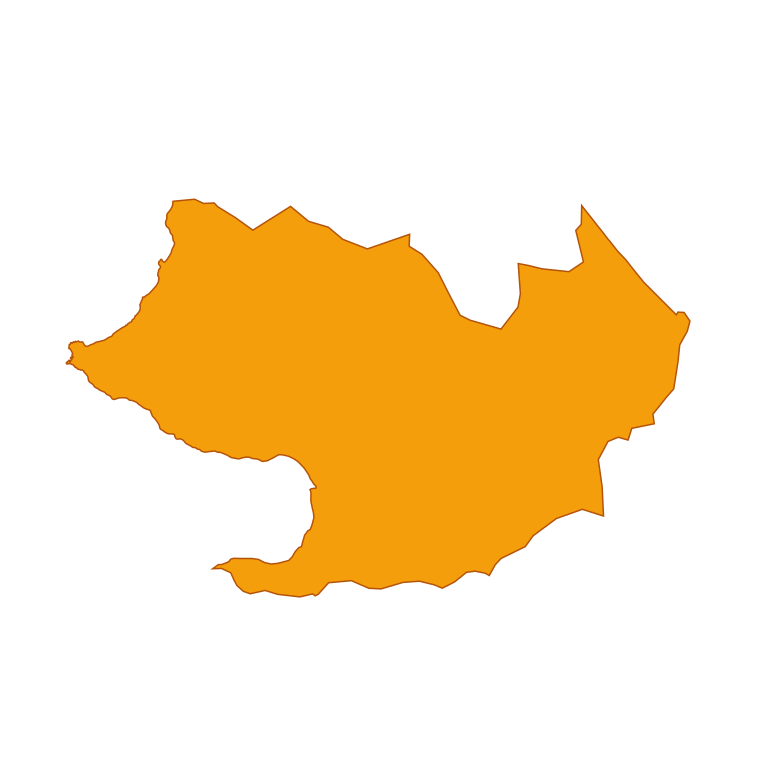 the district of Anse La Verdue, Anse-la-Raye, Saint Lucia, rotated 352°
{"feature_id": "8701671B11621920628841", "entity_name": "Anse La Verdue", "entity_type": "district", "adm_level": 2, "iso_a3": "LCA", "parent_name": "Saint Lucia", "parent_adm1": "Anse-la-Raye", "projection": "orthographic", "projection_center": [-61.06, 13.91], "detail": "fine", "context": "isolated", "style": "filled", "palette": "amber", "viewbox_px": 768, "rotation_deg": 352, "n_neighbors": 0, "source": "geoboundaries", "source_scale": "gbopen_adm2", "svg_char_len": 6003}
<svg xmlns="http://www.w3.org/2000/svg" viewBox="0 0 768 768"><g transform="rotate(352 384 384)"><path d="M604.6,234.8L601.6,253.3L595.3,258.6L598.5,290.9L582.8,298.5L556.7,292.0L543.1,286.6L533.7,283.4L531.6,313.6L527.4,326.5L507.5,345.9L478.3,332.9L468.9,326.5L460.5,302.8L453.2,281.3L439.6,260.8L428.1,251.1L430.2,239.3L386.3,247.9L363.3,235.0L350.7,221.0L331.9,212.4L316.2,195.1L275.5,213.4L259.8,198.4L244.1,185.4L241.0,181.1L230.5,180.1L222.2,174.7L200.5,173.7L200.2,174.7L199.7,177.4L198.6,179.3L197.3,181.1L196.4,182.1L195.1,183.3L194.5,184.0L193.3,184.9L193.0,185.3L192.2,187.4L192.2,188.7L191.8,190.4L190.4,192.8L190.2,193.7L190.1,194.5L190.1,195.6L190.5,197.4L191.2,198.4L192.1,199.3L192.5,199.8L193.3,202.3L193.3,203.5L193.6,204.9L194.6,206.3L195.0,207.2L195.2,207.9L195.2,211.2L195.3,212.6L195.6,213.5L196.0,214.2L196.2,214.8L196.2,215.6L195.1,218.1L193.5,220.2L192.2,222.4L192.0,223.4L191.7,224.2L189.4,227.2L188.7,227.9L187.1,229.9L185.9,231.1L184.0,232.7L183.4,232.8L183.1,232.7L182.2,232.0L181.7,231.3L181.2,229.7L180.8,229.5L180.2,229.7L179.9,230.0L179.6,230.4L179.3,231.0L179.1,231.1L178.2,231.4L178.0,231.7L177.8,232.3L177.6,233.7L177.9,234.8L178.9,235.9L179.0,236.7L178.9,237.0L178.4,238.1L177.2,239.2L176.7,239.7L176.5,240.3L176.5,240.9L175.4,243.1L175.4,244.0L175.1,244.9L175.1,245.3L175.6,246.2L175.7,246.7L175.9,248.2L175.3,249.5L175.0,251.2L174.9,251.4L172.5,254.7L170.9,256.1L167.5,259.0L164.0,261.8L161.0,263.2L159.7,263.9L159.2,264.4L159.0,264.7L158.4,264.6L157.5,264.3L156.9,264.6L156.7,266.0L156.5,266.5L155.4,268.0L153.2,271.8L153.3,272.9L153.4,273.3L153.1,275.2L152.9,276.2L152.7,276.5L151.8,277.9L150.7,279.2L148.1,281.5L147.7,281.7L147.3,281.7L147.1,282.0L146.8,282.4L146.6,283.1L146.3,283.5L145.7,284.3L144.8,284.9L144.4,285.0L143.9,285.3L143.3,285.8L142.7,287.1L142.1,287.3L141.5,287.4L140.3,288.0L139.1,288.5L138.7,288.7L138.0,289.6L137.6,289.9L136.7,289.8L136.4,290.1L136.3,290.5L135.9,290.8L133.3,291.5L127.1,294.4L122.7,296.8L121.8,298.2L120.6,298.9L117.5,299.7L116.6,300.1L115.2,300.9L113.0,301.7L109.8,302.1L107.1,302.4L105.8,302.4L104.2,302.7L103.4,303.0L102.0,303.8L101.0,303.9L99.0,304.3L96.8,305.1L95.4,305.4L94.4,305.3L93.4,304.7L92.7,303.7L91.7,301.1L91.5,300.6L91.0,300.3L90.6,300.2L88.8,300.3L87.2,298.9L85.4,299.4L85.0,299.4L84.8,299.1L84.5,298.9L84.3,298.9L83.9,299.2L83.8,299.6L83.6,299.7L82.7,299.1L82.5,299.4L81.5,299.5L81.2,300.1L80.8,300.0L80.2,299.6L79.6,299.5L79.4,300.1L79.3,300.5L79.1,300.8L78.2,300.9L78.0,301.0L77.8,301.2L77.4,302.9L76.9,304.4L76.9,304.7L76.9,305.0L77.5,305.1L78.0,305.5L78.2,306.0L79.0,307.7L79.8,310.0L79.8,310.8L79.6,311.2L79.3,311.4L79.0,311.8L79.0,312.1L79.4,312.6L79.8,313.5L79.9,314.2L79.7,314.4L79.4,314.6L79.2,314.6L78.7,313.9L78.5,313.7L78.0,313.9L77.5,314.2L77.3,314.5L77.1,315.1L77.3,315.3L77.5,315.5L78.3,315.8L78.4,316.0L78.2,316.4L77.4,316.9L77.1,317.2L76.5,318.2L76.3,318.6L76.0,318.7L75.8,318.5L75.7,317.9L75.6,317.4L75.7,317.0L75.5,316.7L75.2,316.7L74.3,317.5L73.3,318.5L73.1,318.6L72.7,318.5L72.4,318.9L72.3,319.4L72.4,319.7L72.7,320.0L73.2,320.1L74.8,320.0L75.5,320.1L75.9,320.2L77.5,321.0L77.8,321.3L78.9,321.8L79.6,322.8L80.4,324.4L80.9,324.6L81.1,324.5L81.4,324.8L82.2,325.9L82.7,326.5L84.1,327.3L85.0,327.4L85.3,327.6L85.5,327.9L87.2,328.2L88.2,329.0L88.6,330.0L88.8,330.6L89.0,331.0L90.3,332.6L91.3,334.3L91.7,335.2L91.8,335.7L91.8,338.5L92.1,339.9L92.5,340.7L93.0,341.4L93.4,341.8L95.7,343.9L96.9,346.3L97.3,346.9L98.8,348.0L99.7,348.5L100.1,348.9L100.5,349.5L101.1,350.1L103.3,351.5L104.7,352.4L106.1,353.2L106.7,353.7L107.1,354.6L107.7,355.4L108.2,355.9L110.3,357.1L111.0,357.7L111.5,358.3L112.7,360.6L113.4,361.3L114.1,361.7L114.9,361.7L115.9,361.6L117.5,361.3L118.6,361.0L120.4,360.9L124.1,361.4L125.1,361.5L127.1,362.1L127.8,362.5L129.3,364.2L129.8,364.6L131.4,365.0L132.4,365.3L134.5,366.5L136.3,367.7L137.0,368.3L138.4,370.1L140.8,372.3L141.5,372.9L141.9,373.5L143.1,374.5L145.1,375.7L147.2,376.7L147.7,376.8L148.4,377.2L149.2,378.9L149.3,380.0L150.2,383.5L152.6,386.9L155.2,392.1L155.5,393.0L155.7,393.8L155.8,395.5L156.0,396.6L156.1,397.2L156.6,397.8L158.4,399.2L160.0,400.9L161.3,401.8L162.1,402.6L163.8,403.3L164.7,403.5L167.3,404.0L168.1,404.2L168.9,404.5L169.3,404.9L169.5,405.7L169.8,407.6L170.2,408.8L170.5,409.2L171.0,409.6L171.4,409.7L172.1,409.9L174.5,409.9L176.4,411.0L177.5,411.9L179.3,414.9L180.3,415.8L183.6,418.2L184.8,419.2L185.5,420.1L187.0,420.4L188.8,421.1L190.0,422.4L192.4,423.3L193.8,425.1L196.8,426.5L207.0,426.8L209.0,428.0L210.3,428.6L211.8,428.7L214.1,429.8L218.9,432.7L221.2,434.6L222.8,435.7L227.0,437.1L228.9,437.8L230.9,437.9L233.1,437.4L237.2,437.2L238.8,437.4L240.8,437.9L242.8,439.3L248.5,440.8L252.9,443.8L257.8,443.8L264.5,441.5L269.8,439.4L273.3,439.9L279.3,442.2L284.7,445.8L288.4,449.3L293.5,456.6L296.9,463.7L297.8,467.6L299.5,470.8L300.6,473.5L302.4,475.5L302.2,477.6L297.3,477.6L296.0,478.3L296.6,481.0L295.3,489.7L295.8,497.7L296.2,501.1L296.0,506.6L293.1,513.5L290.7,517.8L288.2,518.7L284.4,522.6L280.9,530.4L279.8,533.4L276.7,534.3L272.7,537.7L269.1,542.3L265.1,545.5L254.1,546.8L247.2,546.6L240.7,544.1L235.2,540.2L228.8,538.4L218.8,537.0L210.8,535.7L207.9,536.1L205.5,538.4L202.1,539.3L198.1,540.2L194.8,539.8L188.6,543.1L197.3,544.0L206.0,549.6L208.2,557.4L210.3,563.0L215.8,569.7L222.3,573.1L237.5,571.9L249.4,577.5L271.1,583.1L284.2,582.0L286.3,584.2L289.6,583.1L301.5,573.1L324.3,574.2L340.6,584.2L352.5,586.5L375.3,583.1L391.6,584.2L405.7,589.8L413.3,594.3L426.4,589.8L439.4,582.0L448.1,582.0L457.8,585.4L461.6,588.3L469.0,578.5L475.7,573.0L501.2,564.7L510.6,555.0L536.0,541.2L562.9,535.7L583.0,545.3L585.7,516.3L585.7,488.7L597.8,472.1L608.5,469.3L617.9,473.5L623.2,462.4L646.1,461.0L646.1,451.3L662.2,436.1L670.2,429.2L678.2,403.0L682.3,386.4L691.7,373.9L695.7,364.3L691.1,354.9L687.3,354.2L685.3,353.7L685.1,353.7L683.1,356.2L655.4,319.4L646.5,304.6L640.9,294.9L634.3,285.6L634.0,285.3L627.1,273.3L626.5,272.6L619.2,259.8L619.0,259.7L612.3,248.0L606.4,238.0L604.6,234.8Z" fill="#f59e0b" stroke="#b45309" stroke-width="1.5"/></g></svg>